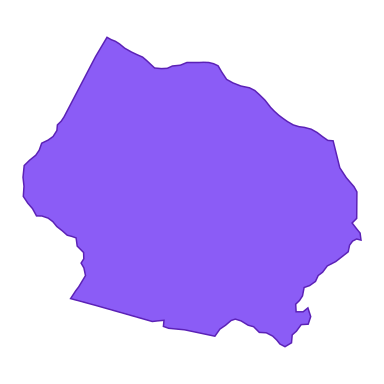 outline of Macieira, Santa Catarina, Brazil
{"feature_id": "56859067B68237115379789", "entity_name": "Macieira", "entity_type": "district", "adm_level": 2, "iso_a3": "BRA", "parent_name": "Brazil", "parent_adm1": "Santa Catarina", "projection": "equal_earth", "projection_center": [-51.346, -26.801], "detail": "fine", "context": "isolated", "style": "filled", "palette": "violet", "viewbox_px": 384, "rotation_deg": 0, "n_neighbors": 0, "source": "geoboundaries", "source_scale": "gbopen_adm2", "svg_char_len": 1661}
<svg xmlns="http://www.w3.org/2000/svg" viewBox="0 0 384 384"><path d="M70.6,298.6L95.7,305.4L152.3,321.5L157.4,320.9L164.0,320.3L163.4,326.4L168.7,328.3L184.6,329.8L214.9,336.2L219.9,329.1L225.6,325.2L231.1,320.5L235.3,319.1L241.1,320.9L248.1,325.2L253.6,326.7L259.3,332.4L266.3,332.8L272.7,336.1L276.8,340.1L279.9,344.0L285.0,346.7L291.5,342.8L292.2,334.9L296.4,331.2L301.2,324.6L308.2,324.2L310.7,316.6L307.9,307.9L303.1,311.8L296.1,311.8L295.7,304.2L299.5,300.5L302.5,295.9L304.1,287.5L309.6,285.6L315.5,281.4L318.2,275.5L322.6,272.2L327.3,265.9L335.7,261.6L348.2,251.8L349.6,245.1L352.6,241.1L356.6,239.0L361.0,240.1L360.1,233.1L356.6,228.8L352.1,223.0L356.7,218.4L356.9,191.9L354.0,186.7L350.8,183.0L346.2,177.6L339.8,167.8L333.1,140.8L327.8,140.4L322.3,136.5L317.1,132.5L311.2,129.2L304.4,127.4L299.1,126.7L293.2,124.9L287.5,121.6L283.1,118.5L278.7,115.2L274.4,111.3L270.6,107.4L265.0,100.2L259.5,94.8L254.8,90.5L249.5,87.8L240.8,86.0L232.9,82.9L226.6,79.4L221.7,72.0L218.1,65.8L213.6,63.7L208.8,62.5L203.8,62.3L199.2,62.5L193.9,62.5L186.9,62.5L180.3,65.2L172.4,66.0L167.3,68.3L161.5,68.6L154.6,68.0L146.8,60.7L142.6,57.1L136.9,54.6L131.4,52.0L124.7,48.2L119.6,44.0L115.4,41.3L111.1,39.6L107.0,37.3L95.6,56.5L64.0,117.0L61.2,121.2L57.4,124.9L56.9,130.5L53.1,136.5L48.1,140.1L41.7,143.2L39.2,150.2L35.8,155.2L29.6,160.2L24.2,165.5L23.0,177.3L24.0,186.3L23.3,196.4L27.8,203.2L32.5,208.6L36.5,215.9L41.9,216.0L48.1,218.1L52.9,221.7L56.8,226.5L62.4,230.9L67.2,235.2L71.8,236.4L76.1,237.9L77.2,246.1L83.6,252.5L83.8,258.8L81.1,263.1L83.9,267.9L85.5,275.6L82.0,281.4L78.7,286.9L75.7,290.8L70.6,298.6Z" fill="#8b5cf6" stroke="#5b21b6" stroke-width="1.5"/></svg>